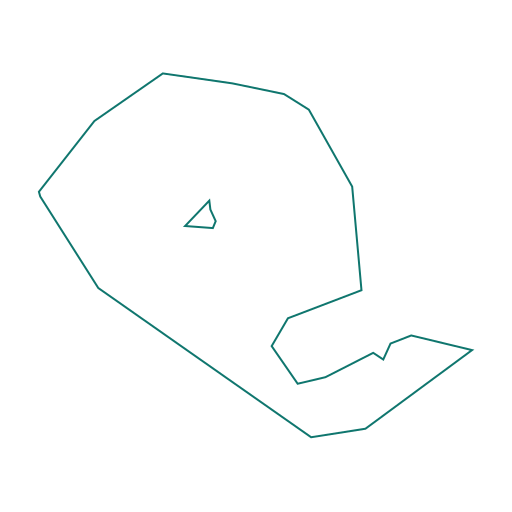 outline of Manassas, Virginia, United States of America, rotated 272°
{"feature_id": "52423323B4882289186137", "entity_name": "Manassas", "entity_type": "district", "adm_level": 2, "iso_a3": "USA", "parent_name": "United States of America", "parent_adm1": "Virginia", "projection": "orthographic", "projection_center": [-77.487, 38.744], "detail": "fine", "context": "isolated", "style": "outline", "palette": "teal", "viewbox_px": 512, "rotation_deg": 272, "n_neighbors": 0, "source": "geoboundaries", "source_scale": "gbopen_adm2", "svg_char_len": 496}
<svg xmlns="http://www.w3.org/2000/svg" viewBox="0 0 512 512"><g transform="rotate(272 256 256)"><path d="M307.9,38.3L218.5,99.5L76.8,317.4L87.2,371.4L169.5,475.2L182.0,413.9L173.2,393.5L157.0,386.8L163.3,376.5L137.3,329.6L129.8,302.1L166.5,274.8L194.9,290.1L225.5,362.6L328.7,349.7L404.1,303.7L418.8,278.4L427.7,226.3L435.2,156.5L385.3,89.8L312.6,36.8L307.9,38.3ZM282.4,211.9L283.5,184.1L309.7,207.4L300.8,208.8L289.4,214.5L282.4,211.9Z" fill="none" stroke="#0f766e" stroke-width="2"/></g></svg>